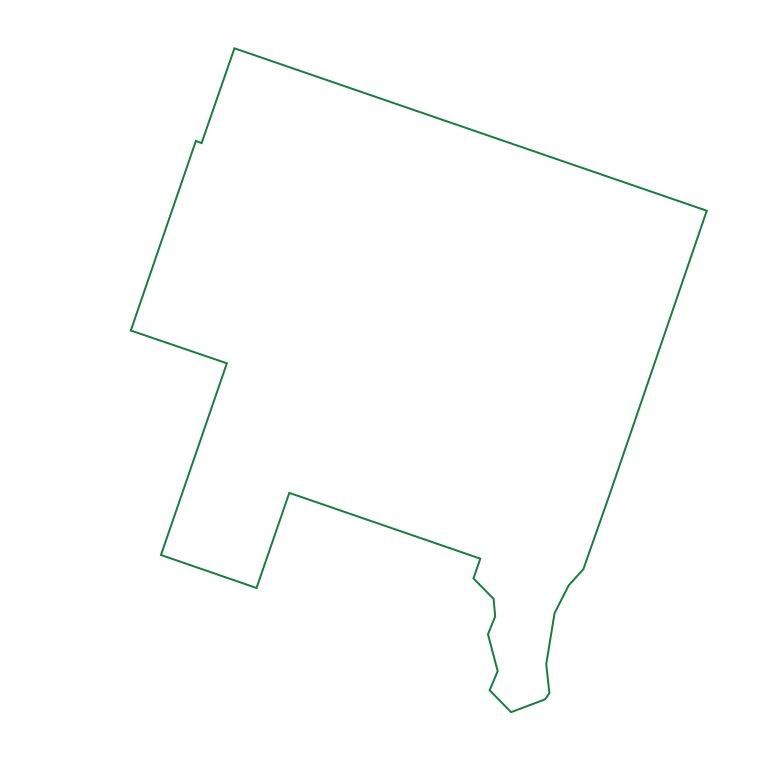 the district of Noble, Oklahoma, United States of America, rotated 109°
{"feature_id": "52423323B27580427525585", "entity_name": "Noble", "entity_type": "district", "adm_level": 2, "iso_a3": "USA", "parent_name": "United States of America", "parent_adm1": "Oklahoma", "projection": "natural_earth1", "projection_center": [-97.077, 36.38], "detail": "fine", "context": "isolated", "style": "outline", "palette": "green", "viewbox_px": 768, "rotation_deg": 109, "n_neighbors": 0, "source": "geoboundaries", "source_scale": "gbopen_adm2", "svg_char_len": 478}
<svg xmlns="http://www.w3.org/2000/svg" viewBox="0 0 768 768"><g transform="rotate(109 384 384)"><path d="M115.3,634.7L215.6,634.9L215.4,641.0L415.9,640.8L415.6,539.3L618.3,539.2L618.4,438.1L517.8,438.1L517.8,354.8L517.8,236.1L538.7,236.1L551.5,210.4L567.6,203.2L586.8,204.2L618.5,183.0L639.2,184.4L652.9,157.0L629.7,129.0L622.4,127.0L596.1,139.4L545.2,148.1L514.3,143.8L494.1,135.2L417.2,134.7L115.1,135.2L115.3,634.7Z" fill="none" stroke="#15803d" stroke-width="2"/></g></svg>